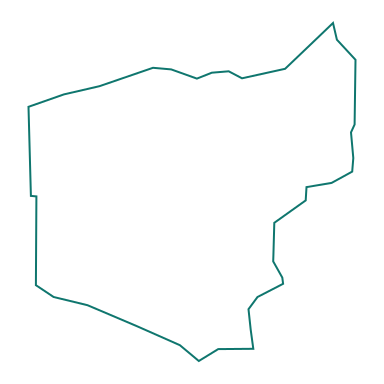 Madaoua, Tahoua, Niger
{"feature_id": "23599985B88186704259068", "entity_name": "Madaoua", "entity_type": "district", "adm_level": 2, "iso_a3": "NER", "parent_name": "Niger", "parent_adm1": "Tahoua", "projection": "natural_earth1", "projection_center": [6.217, 14.01], "detail": "fine", "context": "isolated", "style": "outline", "palette": "teal", "viewbox_px": 384, "rotation_deg": 0, "n_neighbors": 0, "source": "geoboundaries", "source_scale": "gbopen_adm2", "svg_char_len": 585}
<svg xmlns="http://www.w3.org/2000/svg" viewBox="0 0 384 384"><path d="M35.9,285.2L53.6,297.0L87.5,305.2L137.4,326.4L179.9,345.2L198.8,361.0L218.2,349.1L253.3,348.8L250.7,329.7L248.5,309.2L257.5,297.0L283.1,283.8L282.3,277.6L273.2,261.4L273.4,255.4L274.3,222.8L305.7,200.4L306.5,187.1L331.6,182.9L352.2,171.6L353.3,158.1L351.0,132.4L354.6,124.5L355.5,59.8L336.9,39.7L333.0,23.0L320.6,34.9L285.1,68.8L242.0,78.3L228.7,71.3L211.8,72.7L196.9,78.6L171.2,69.4L153.0,67.8L99.4,86.2L63.9,94.4L28.5,106.8L30.9,195.9L36.4,196.4L35.9,285.2Z" fill="none" stroke="#0f766e" stroke-width="2"/></svg>